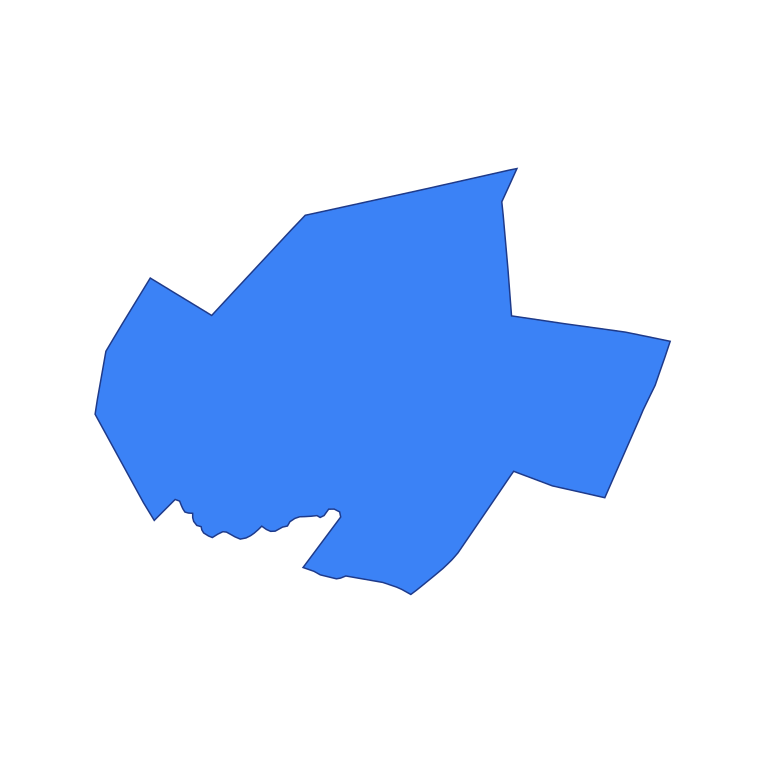 Embakasi East, Nairobi, Kenya (Equal Earth projection), rotated 239°
{"feature_id": "3690345B74983117878970", "entity_name": "Embakasi East", "entity_type": "district", "adm_level": 2, "iso_a3": "KEN", "parent_name": "Kenya", "parent_adm1": "Nairobi", "projection": "equal_earth", "projection_center": [36.924, -1.309], "detail": "fine", "context": "isolated", "style": "filled", "palette": "blue", "viewbox_px": 768, "rotation_deg": 239, "n_neighbors": 0, "source": "geoboundaries", "source_scale": "gbopen_adm2", "svg_char_len": 1443}
<svg xmlns="http://www.w3.org/2000/svg" viewBox="0 0 768 768"><g transform="rotate(239 384 384)"><path d="M253.2,231.1L241.5,242.9L240.0,246.8L239.1,252.4L214.5,280.8L203.4,290.2L198.7,293.5L195.7,295.2L189.8,298.6L190.5,305.5L191.4,312.0L193.8,328.6L194.6,333.7L195.5,339.4L197.3,347.4L198.4,351.9L201.1,360.3L226.8,416.2L240.2,445.2L242.4,450.2L237.3,454.2L209.9,475.9L199.7,486.6L172.8,514.7L187.2,535.0L222.3,584.6L228.3,592.8L237.0,606.1L243.2,615.7L251.6,625.7L262.3,638.6L273.2,651.3L304.1,617.7L343.1,569.3L376.7,528.4L418.2,549.2L467.1,573.0L479.5,578.8L489.9,594.0L500.2,608.9L502.8,601.7L530.0,519.5L554.7,446.2L569.2,403.4L563.8,383.7L543.2,312.0L541.3,305.4L531.5,271.6L572.3,250.2L581.5,245.4L595.2,238.2L570.5,190.9L562.4,175.7L555.3,162.5L518.3,130.3L506.9,120.8L460.5,118.9L406.1,116.7L385.4,116.8L392.6,145.5L388.9,148.5L384.1,147.7L380.6,147.3L376.8,147.4L374.2,149.8L371.7,153.4L368.0,151.2L364.2,150.1L359.2,150.7L355.9,153.8L352.9,152.7L349.2,152.7L344.1,155.3L340.8,157.8L340.9,164.1L340.4,169.8L338.2,172.7L333.7,175.3L329.8,177.5L325.1,180.9L323.1,186.4L322.7,191.5L323.0,195.8L324.0,201.4L325.1,206.0L320.0,208.2L316.1,210.9L313.9,215.0L313.6,223.3L312.0,228.1L314.4,232.4L314.7,238.3L313.6,243.4L311.4,247.3L308.3,253.2L305.7,258.8L302.5,260.5L302.1,264.9L303.6,268.3L305.2,272.1L302.4,276.9L297.2,280.1L292.3,278.4L268.4,220.1L259.5,227.5L253.2,231.1Z" fill="#3b82f6" stroke="#1e3a8a" stroke-width="1.5"/></g></svg>